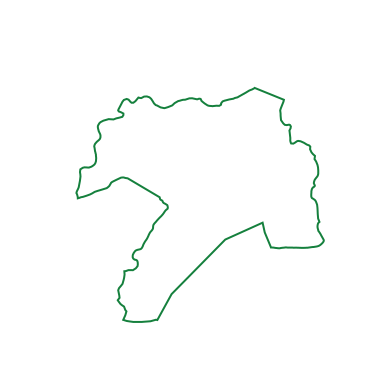 the district of Grace, Laborie, Saint Lucia, rotated 57°
{"feature_id": "8701671B7232350225457", "entity_name": "Grace", "entity_type": "district", "adm_level": 2, "iso_a3": "LCA", "parent_name": "Saint Lucia", "parent_adm1": "Laborie", "projection": "robinson", "projection_center": [-60.967, 13.776], "detail": "fine", "context": "isolated", "style": "outline", "palette": "green", "viewbox_px": 384, "rotation_deg": 57, "n_neighbors": 0, "source": "geoboundaries", "source_scale": "gbopen_adm2", "svg_char_len": 5215}
<svg xmlns="http://www.w3.org/2000/svg" viewBox="0 0 384 384"><g transform="rotate(57 192 192)"><path d="M135.1,291.2L135.6,289.6L135.9,288.0L136.7,286.1L137.7,282.4L138.5,279.0L138.8,276.5L138.9,273.5L139.6,270.8L141.1,265.7L142.3,261.4L142.2,259.9L141.9,258.1L140.6,255.5L140.2,254.8L140.1,253.8L140.2,252.2L140.6,248.8L141.3,243.7L142.1,242.1L142.7,241.3L143.9,240.3L145.5,238.5L146.3,238.1L147.3,237.6L178.8,222.0L180.5,222.6L181.3,222.6L183.1,221.6L184.7,221.9L185.7,221.8L186.4,221.4L187.7,220.7L189.5,219.9L190.4,220.1L191.8,220.7L192.7,221.5L192.9,223.0L193.0,224.0L193.3,224.9L193.6,225.6L193.9,226.4L194.3,227.2L194.5,227.8L194.8,228.5L195.0,229.2L195.2,230.0L195.5,231.0L195.7,232.1L195.9,233.1L196.2,234.4L196.6,235.9L196.9,237.1L197.3,238.2L197.4,238.7L197.7,239.8L197.9,240.6L198.2,241.4L198.4,241.9L198.8,242.5L199.4,243.1L199.9,243.5L200.6,244.0L201.2,244.5L201.6,245.0L201.9,245.5L202.3,246.5L202.5,247.2L202.8,248.3L202.9,248.7L203.3,249.6L203.7,250.4L204.1,251.0L204.4,251.6L204.9,252.2L205.4,253.1L206.0,254.0L206.6,255.1L207.1,256.1L207.6,257.5L208.0,258.3L208.4,259.3L208.9,260.1L209.3,260.9L209.8,261.7L210.4,262.4L211.2,263.7L211.6,264.5L211.8,265.2L211.9,265.8L211.9,266.1L211.7,266.9L211.4,267.6L211.3,268.0L211.0,268.7L210.8,269.3L210.6,270.1L210.5,270.6L210.5,271.4L210.6,271.9L210.8,272.7L211.1,273.2L211.4,274.1L211.9,274.8L212.3,275.6L213.0,276.3L213.6,276.7L214.2,277.2L215.0,277.4L215.8,277.5L216.6,277.3L217.4,277.0L218.3,276.1L219.0,275.6L219.8,275.4L220.5,275.6L221.1,275.7L221.9,276.1L222.4,276.4L223.1,276.8L224.5,278.0L225.4,280.6L225.4,284.1L222.9,287.9L222.3,290.5L221.6,291.9L224.5,293.5L226.8,295.5L228.3,297.0L231.2,300.3L231.9,302.3L232.9,305.6L234.2,307.4L239.3,309.4L241.3,310.4L242.3,313.2L243.5,313.2L246.8,313.0L248.5,312.5L251.1,311.4L254.6,312.2L256.4,312.0L259.0,315.0L261.8,319.3L264.6,317.0L266.4,315.0L269.0,312.0L270.3,310.0L273.6,304.9L277.8,297.2L279.5,291.8L280.5,290.8L266.5,264.7L260.8,238.8L250.0,190.0L256.2,149.5L265.5,153.0L281.3,155.9L281.5,156.0L283.1,153.8L283.2,153.7L283.7,153.2L284.5,152.3L285.2,151.4L285.9,150.6L286.5,149.8L287.0,149.0L287.3,148.1L288.0,146.6L288.7,145.3L289.6,143.4L290.7,142.1L291.7,140.5L293.2,138.2L294.1,137.1L295.3,135.1L296.3,133.7L297.2,132.4L298.2,131.0L299.2,129.5L299.8,128.6L300.3,127.7L300.9,126.7L301.6,125.6L302.1,124.5L302.9,122.8L303.4,121.7L303.8,120.9L304.4,119.9L304.9,118.7L305.4,117.6L305.8,116.6L306.1,115.6L306.3,114.5L306.3,113.3L306.2,112.4L306.0,111.2L305.8,110.3L305.6,109.7L305.3,108.9L305.0,108.4L304.5,107.9L303.8,107.6L299.1,107.3L296.9,107.1L294.9,107.1L293.4,107.2L292.2,106.7L291.1,106.4L289.7,105.8L288.7,105.1L287.9,104.4L287.1,103.5L286.7,102.7L286.5,101.4L284.5,101.0L283.0,100.7L278.9,98.5L276.2,96.9L273.6,95.4L270.8,94.0L267.7,93.3L266.2,93.2L265.4,93.4L263.8,94.0L262.4,94.7L261.8,94.7L260.7,94.4L259.1,93.4L257.5,92.2L256.3,91.4L254.8,89.8L254.1,88.3L254.1,86.7L253.7,85.6L252.7,85.3L251.7,85.2L251.1,85.1L250.2,84.4L249.1,83.1L248.5,82.2L247.6,79.7L247.2,78.4L246.6,77.4L245.6,76.3L242.9,74.5L240.0,72.9L237.6,72.0L234.0,71.3L231.1,71.3L228.7,69.2L226.2,69.9L223.8,70.2L220.5,69.7L218.4,68.1L216.9,68.3L214.7,69.9L211.7,71.3L208.6,73.3L206.9,75.2L206.6,76.4L206.7,78.8L206.6,80.7L205.3,82.4L204.4,82.3L202.6,81.7L200.2,80.1L195.0,77.5L193.5,76.8L192.3,74.7L190.9,73.4L189.3,73.3L188.4,73.9L187.5,76.1L186.2,77.6L184.1,78.1L180.2,78.2L176.4,76.2L174.3,74.9L171.6,73.6L170.4,72.2L168.4,69.4L166.0,66.0L164.7,64.7L148.1,76.3L138.8,82.8L138.9,83.2L138.9,84.2L138.8,84.6L138.7,85.9L138.3,87.6L138.1,88.8L138.0,92.1L138.0,92.6L137.5,100.1L137.4,102.3L136.7,104.3L136.5,104.9L136.3,106.5L134.7,110.3L133.1,115.1L132.7,117.0L133.5,119.3L134.6,120.1L134.6,122.1L134.3,122.6L132.9,124.6L131.4,127.6L131.3,127.9L130.7,128.6L129.0,130.8L127.8,131.8L127.1,132.1L124.6,133.2L121.9,134.1L121.0,134.3L120.8,134.4L119.6,134.2L118.6,134.1L117.8,135.0L117.6,135.2L117.5,135.6L117.1,137.2L114.7,139.6L113.5,140.8L112.1,143.1L112.0,143.3L110.9,147.4L110.3,148.4L109.7,149.5L109.0,151.7L108.9,152.2L108.5,153.3L108.2,154.2L108.0,158.1L108.3,159.8L108.5,160.7L108.6,161.5L107.8,165.7L107.0,168.5L106.6,169.6L103.9,172.3L100.4,174.2L100.2,174.4L99.3,175.1L97.9,175.4L97.1,175.6L94.4,175.5L91.7,175.5L90.1,175.9L89.3,176.2L88.9,176.5L87.3,177.8L86.4,179.3L85.9,180.2L85.6,183.4L85.3,183.8L84.6,184.6L83.7,185.4L83.6,185.5L85.0,190.0L85.2,192.6L84.2,194.1L82.9,194.5L80.0,194.9L78.4,196.1L77.7,199.0L78.4,201.1L80.8,205.3L82.7,208.7L83.4,209.5L84.6,209.5L86.3,208.2L88.8,206.8L90.1,207.6L91.0,209.5L90.0,212.7L89.0,215.4L88.4,218.3L85.5,222.2L83.9,227.5L83.6,230.5L83.6,230.8L83.9,232.3L84.9,234.3L85.4,235.0L86.2,235.6L87.8,236.3L89.1,236.7L90.2,237.1L91.8,237.3L93.3,237.5L93.8,237.6L95.0,238.1L96.5,239.2L97.3,240.3L97.7,241.7L98.0,244.0L98.1,244.6L98.8,247.0L99.5,248.1L100.4,249.1L102.2,249.8L105.0,251.1L106.1,251.4L107.0,251.8L108.1,252.1L108.9,252.6L111.4,253.9L113.9,255.8L115.1,257.3L115.8,258.8L116.0,260.6L116.0,262.5L115.4,265.1L114.8,266.0L113.8,267.3L112.8,268.7L112.2,270.4L112.2,273.3L114.3,275.1L116.5,276.1L118.3,277.1L119.6,278.2L121.6,279.9L126.4,284.5L127.3,285.8L128.8,288.3L129.9,289.5L131.4,289.7L133.9,290.5L135.1,291.2Z" fill="none" stroke="#15803d" stroke-width="2"/></g></svg>